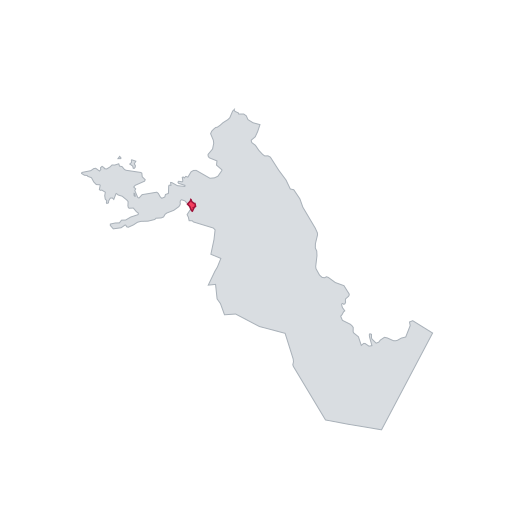 location of Mirzachul, Jizzakh, Uzbekistan, rotated 200°
{"feature_id": "79887680B4064718832090", "entity_name": "Mirzachul", "entity_type": "district", "adm_level": 2, "iso_a3": "UZB", "parent_name": "Uzbekistan", "parent_adm1": "Jizzakh", "projection": "albers", "projection_center": [68.032, 40.685], "detail": "fine", "context": "in_parent", "style": "filled", "palette": "rose", "viewbox_px": 512, "rotation_deg": 200, "n_neighbors": 0, "source": "geoboundaries", "source_scale": "gbopen_adm2", "svg_char_len": 4102}
<svg xmlns="http://www.w3.org/2000/svg" viewBox="0 0 512 512"><g transform="rotate(200 256 256)"><path d="M392.4,236.4L399.4,232.7L403.4,234.9L403.8,236.2L399.5,238.9L395.7,240.4L394.6,243.7L390.8,245.2L387.0,249.8L381.0,254.5L381.0,255.5L381.5,256.2L383.5,256.7L387.7,259.1L391.5,257.5L392.5,257.8L393.5,259.3L394.8,263.4L396.5,264.4L402.2,266.4L406.5,266.2L408.6,267.0L408.9,266.6L409.0,260.5L410.8,261.4L412.7,260.6L413.3,257.5L412.8,255.5L414.2,254.3L414.9,255.1L415.1,256.9L417.2,258.0L418.8,261.0L419.4,264.4L423.4,265.2L424.7,264.5L425.9,264.8L426.6,269.2L427.2,269.5L430.5,268.5L433.8,270.1L437.4,273.3L441.3,273.3L442.2,273.9L444.9,273.2L448.2,273.9L448.3,274.5L447.8,275.2L440.4,279.7L438.4,282.6L436.7,283.6L432.1,282.3L431.4,284.1L432.3,285.7L431.3,287.6L428.9,287.0L428.4,286.2L426.1,286.7L423.6,289.8L422.4,292.3L419.9,293.1L416.5,295.7L415.0,293.8L412.5,294.2L409.2,292.3L407.5,292.1L392.8,295.1L391.6,294.8L390.0,291.5L386.2,289.8L386.3,288.2L393.7,281.1L394.5,279.0L392.0,277.9L392.3,276.1L387.3,270.7L386.4,270.4L385.7,270.6L384.0,274.7L371.1,282.0L369.2,281.4L366.2,278.8L364.3,278.0L361.9,280.2L362.1,282.8L359.7,284.9L362.0,292.0L361.8,292.9L360.1,293.2L361.4,295.9L360.3,296.2L354.0,295.2L346.7,297.0L346.9,298.1L353.5,297.8L354.4,298.3L354.5,299.2L354.2,299.8L350.7,300.4L350.4,301.5L352.2,304.7L351.4,305.4L350.1,304.8L349.2,306.8L347.0,306.8L345.8,312.9L344.0,315.0L341.5,316.0L325.9,313.3L321.8,315.2L319.1,317.9L317.3,324.6L317.5,325.3L324.2,327.9L325.2,332.0L333.3,332.3L334.7,333.0L335.4,334.0L335.8,335.1L333.4,341.7L334.3,347.5L335.7,350.2L340.5,355.4L340.3,358.2L339.2,360.7L337.9,362.9L336.4,363.8L334.4,366.6L332.6,370.0L329.1,374.5L327.9,376.9L327.5,384.2L326.5,386.3L326.4,385.5L325.2,384.7L321.5,384.4L320.8,383.5L316.1,385.2L313.1,384.4L310.2,381.4L304.4,380.2L297.2,380.8L297.0,373.3L297.5,367.7L300.0,363.4L299.9,362.6L298.7,361.1L294.4,359.8L289.4,356.2L284.7,353.8L282.1,353.0L279.0,354.2L276.3,353.8L264.0,344.4L253.7,337.6L246.7,330.7L243.2,331.2L234.3,324.7L228.7,317.9L209.8,302.4L206.2,298.7L205.4,296.9L204.4,287.9L203.0,283.8L200.6,281.4L198.8,277.1L196.3,266.5L195.3,264.6L189.8,259.8L186.6,258.5L184.1,259.0L182.7,260.6L180.7,260.6L172.5,258.2L163.2,258.2L155.5,252.2L155.1,251.3L155.2,249.9L157.1,246.5L156.9,245.0L156.0,243.2L156.1,241.5L157.0,240.6L158.4,241.0L159.0,240.4L158.9,239.5L157.2,237.1L153.8,234.8L154.6,233.6L155.1,230.2L155.8,228.5L155.4,227.9L152.8,225.1L143.9,224.1L141.8,223.2L140.2,222.1L138.9,218.2L138.1,217.2L132.1,215.1L126.5,208.0L124.9,210.7L123.6,211.1L119.0,209.9L116.4,211.4L121.5,218.6L122.6,220.7L122.4,221.9L120.7,221.9L119.5,218.6L118.6,217.6L113.3,215.2L111.2,217.0L110.4,219.5L107.5,223.5L104.6,223.9L97.9,223.4L95.8,224.1L94.3,225.1L91.3,228.6L87.6,231.1L87.3,243.3L89.2,246.5L86.6,248.8L63.7,244.0L78.6,135.6L111.4,129.5L134.6,125.7L183.1,165.0L184.2,166.4L184.6,169.4L185.8,171.9L202.2,193.3L228.7,190.9L255.3,194.5L265.5,190.0L273.1,199.1L277.9,202.4L284.3,215.5L290.9,212.3L289.4,227.7L288.5,232.4L288.2,241.7L299.0,242.2L301.1,257.1L303.4,266.6L305.7,267.7L326.4,266.6L328.0,267.3L330.9,266.3L332.8,269.3L334.9,271.3L333.4,277.8L336.0,280.5L341.7,283.5L345.3,283.4L345.9,282.3L345.8,280.7L344.9,279.1L345.0,277.2L345.5,275.8L348.9,270.8L354.5,265.9L355.7,264.1L356.2,261.1L358.2,259.3L362.9,257.3L363.6,255.7L369.4,251.8L376.0,249.2L379.0,247.1L381.8,243.3L385.9,239.3L387.5,239.2L388.7,240.3L389.6,240.4L392.4,236.4ZM392.1,273.2L391.3,271.2L390.2,270.6L389.8,270.9L391.5,273.3L392.1,273.2ZM405.7,303.9L401.3,304.0L401.9,301.0L400.3,299.7L399.9,298.3L400.2,296.9L401.3,296.4L402.7,298.4L406.1,299.2L405.0,301.3L405.9,303.5L405.7,303.9ZM419.0,300.3L418.2,303.0L416.3,301.9L416.5,301.2L419.0,300.3Z" fill="#d9dde1" stroke="#a8b0b8" stroke-width="1"/><path d="M329.9,282.2L330.9,283.9L331.4,284.5L332.1,284.2L334.9,285.1L336.0,286.3L336.1,286.6L336.6,286.8L336.5,285.2L338.1,281.3L337.3,280.9L336.2,280.4L335.1,279.8L333.2,277.6L332.6,277.1L331.9,276.5L331.1,276.4L330.8,279.6L331.3,279.9L330.6,280.4L330.6,281.0L330.0,281.5L330.2,282.1L329.9,282.2Z" fill="#f43f5e" stroke="#9f1239" stroke-width="1.5"/></g></svg>